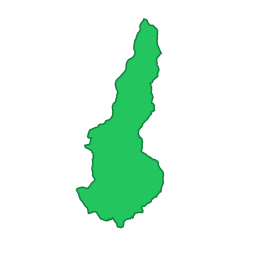 Lebong, Bengkulu, Indonesia, rotated 51°
{"feature_id": "22746128B6914990948320", "entity_name": "Lebong", "entity_type": "district", "adm_level": 2, "iso_a3": "IDN", "parent_name": "Indonesia", "parent_adm1": "Bengkulu", "projection": "albers", "projection_center": [102.228, -3.053], "detail": "fine", "context": "isolated", "style": "filled", "palette": "green", "viewbox_px": 256, "rotation_deg": 51, "n_neighbors": 0, "source": "geoboundaries", "source_scale": "gbopen_adm2", "svg_char_len": 5601}
<svg xmlns="http://www.w3.org/2000/svg" viewBox="0 0 256 256"><g transform="rotate(51 128 128)"><path d="M169.5,212.4L170.6,210.6L171.1,208.2L172.3,206.2L173.8,205.4L175.4,205.9L177.6,205.9L180.0,206.4L181.7,206.3L183.9,204.8L186.2,203.5L186.8,202.9L186.6,201.9L187.3,201.4L187.8,201.1L187.4,200.7L187.0,200.2L187.1,199.4L187.9,199.3L188.5,198.8L188.6,197.8L188.1,196.7L189.5,196.7L189.9,196.4L191.4,197.0L194.9,196.9L196.2,197.3L197.3,198.1L198.6,198.1L199.3,197.2L200.6,196.5L201.3,195.4L201.5,193.9L200.0,191.9L198.4,190.6L198.1,189.2L197.9,187.3L198.4,185.9L199.9,183.2L199.7,182.2L199.7,181.2L200.8,181.2L200.8,180.7L200.6,180.0L199.8,179.3L199.4,178.9L199.5,178.2L199.4,177.5L199.2,177.1L198.6,176.6L198.6,175.9L199.0,175.4L199.8,174.2L200.0,173.2L201.3,171.5L202.3,170.8L202.7,169.7L201.9,168.5L201.1,168.4L200.1,168.0L198.4,167.8L198.3,167.3L198.0,167.1L197.9,166.2L198.8,165.0L199.3,163.3L198.9,161.9L198.9,161.0L198.9,160.0L199.2,159.5L199.5,158.7L199.7,156.6L199.5,155.9L199.2,155.7L198.9,155.5L198.5,154.7L198.6,152.5L198.4,151.2L198.6,150.8L199.4,149.4L199.3,148.8L199.3,148.7L198.5,148.1L198.3,145.8L197.6,144.2L198.2,142.8L198.1,142.6L198.2,142.4L197.8,142.2L197.5,142.2L197.2,141.5L197.1,141.3L196.9,141.1L196.4,140.7L196.2,140.3L196.1,140.2L195.2,139.3L194.5,138.1L193.5,136.1L192.9,135.1L192.8,134.9L191.1,133.9L190.3,133.5L189.0,132.6L188.4,131.7L187.9,131.3L187.3,130.5L186.1,129.5L184.8,128.7L183.4,128.5L181.3,128.4L178.3,128.4L177.9,128.2L176.5,128.0L174.8,127.0L173.1,125.9L172.0,126.1L170.7,126.7L169.6,126.9L169.1,127.2L168.1,128.7L166.5,128.7L165.5,129.0L164.2,129.3L163.5,129.5L162.7,130.3L160.2,130.5L157.2,131.6L156.7,131.7L155.3,132.4L153.9,132.2L153.7,131.4L153.2,130.8L152.0,129.0L151.3,128.5L150.6,128.1L149.4,127.2L149.0,126.8L148.2,125.7L145.9,124.3L145.6,124.2L143.2,124.2L143.4,124.8L141.8,125.0L141.4,124.4L140.1,124.0L139.1,124.0L138.0,122.5L136.8,121.7L136.7,121.6L136.6,121.3L136.3,120.9L135.7,118.1L135.8,117.2L135.2,115.5L134.7,115.2L134.7,114.9L134.1,113.8L133.7,111.5L133.4,109.6L133.5,107.9L133.2,106.5L132.4,105.0L132.0,103.1L131.8,101.0L130.8,100.8L130.3,99.5L130.8,98.7L130.8,96.4L130.9,96.2L129.8,95.7L127.7,94.2L127.0,93.2L126.1,93.4L124.9,93.1L124.0,93.8L122.9,93.5L120.9,91.0L119.9,89.2L119.5,89.2L118.3,88.7L116.9,88.0L115.6,88.0L115.2,87.8L113.0,85.5L111.4,84.5L111.2,84.0L109.9,83.7L109.7,83.6L109.1,83.4L108.9,83.3L108.6,82.9L107.7,82.9L107.4,82.8L107.3,82.7L107.8,80.4L106.6,77.9L106.6,72.6L104.7,70.9L104.2,70.8L102.5,67.5L100.4,66.5L99.1,66.0L97.7,66.1L97.0,65.8L96.8,65.5L95.6,64.3L94.0,63.8L93.4,63.3L93.2,63.0L91.8,61.6L91.5,59.0L90.6,55.3L90.7,55.0L88.3,54.6L86.6,54.2L86.4,54.2L85.7,53.9L85.4,53.8L85.2,53.7L83.5,53.1L82.3,52.9L80.7,52.2L79.4,51.1L78.2,50.5L77.2,49.0L74.6,47.3L74.1,46.4L73.4,45.8L72.7,45.5L71.9,44.6L71.5,44.3L70.8,43.6L69.1,43.6L68.5,43.6L67.5,43.7L66.8,43.8L66.3,43.8L65.0,43.9L63.8,44.2L62.5,45.8L61.3,46.6L60.0,46.3L58.9,46.3L57.2,45.7L56.1,45.4L55.0,45.7L54.0,46.7L53.3,47.0L53.5,47.3L54.2,48.5L54.4,49.9L55.1,52.4L56.0,54.3L57.2,55.2L58.5,55.9L59.2,56.5L59.6,57.1L60.2,58.5L60.6,61.0L61.5,62.1L61.9,63.2L62.5,64.1L63.8,65.7L64.1,67.2L66.4,69.9L67.9,71.6L69.8,73.3L70.9,73.9L73.2,74.4L74.4,75.6L75.2,76.7L75.8,78.0L75.8,78.6L76.1,79.5L76.0,81.5L75.5,83.3L75.4,84.9L76.0,87.1L76.5,87.8L77.2,88.9L77.8,89.6L79.3,90.9L80.2,91.7L80.8,92.2L81.4,93.2L81.9,94.7L82.2,96.2L82.7,99.2L82.8,99.8L82.8,100.2L83.1,101.2L83.2,102.0L83.3,102.7L83.3,103.7L83.3,104.2L83.5,105.7L83.7,106.8L84.0,107.8L85.8,110.2L87.3,110.9L88.5,111.7L90.3,112.5L91.4,112.6L93.0,113.0L94.7,114.2L94.7,114.8L94.8,115.3L94.9,115.5L96.2,116.5L96.4,116.7L96.5,116.8L97.0,117.1L97.3,117.7L97.5,118.3L97.7,118.8L98.4,119.6L99.3,120.5L99.8,121.3L99.9,121.6L100.0,121.8L99.9,121.9L100.0,122.1L99.9,122.9L99.9,124.1L100.2,124.5L100.7,125.2L100.9,125.8L101.6,126.7L103.1,127.8L104.2,128.4L105.0,128.9L106.0,129.6L106.6,130.2L107.7,131.0L108.5,132.1L108.8,132.5L109.0,133.0L109.2,133.8L109.5,134.6L109.8,135.4L109.8,136.0L109.8,136.3L109.8,136.5L109.8,137.6L109.6,138.0L109.4,138.3L109.1,139.1L109.0,139.5L108.9,139.6L108.8,139.8L108.8,140.1L108.7,140.5L108.6,141.2L108.8,141.6L109.1,141.9L109.7,142.4L109.7,142.8L109.7,143.2L109.2,145.2L108.6,146.3L108.2,146.8L108.0,147.0L107.8,147.1L107.5,147.7L107.4,148.0L107.2,148.3L107.2,148.7L107.2,148.8L107.5,149.3L107.7,149.6L108.0,150.0L108.2,150.7L108.2,151.2L108.2,151.4L108.2,151.5L107.8,152.1L107.3,152.8L107.2,153.1L106.9,154.0L106.7,154.6L106.6,155.4L106.3,156.5L106.1,157.0L105.9,157.5L105.8,157.9L105.7,158.1L105.6,158.5L105.6,159.0L105.9,159.7L106.4,160.6L106.9,161.4L106.9,161.5L107.2,161.9L107.3,162.1L107.9,162.9L108.0,163.2L108.4,163.6L108.5,163.8L109.0,164.3L109.2,164.6L109.4,164.9L109.6,165.0L110.1,164.9L111.6,164.4L112.5,163.3L112.6,163.1L116.6,168.0L116.0,169.1L115.4,170.4L114.3,172.6L115.5,173.1L116.3,173.2L117.3,172.9L119.8,171.6L120.8,171.4L122.4,170.5L124.2,171.3L125.2,171.0L126.0,171.3L126.9,172.1L127.5,172.3L128.7,172.9L129.2,173.8L129.2,173.7L130.2,175.4L131.5,176.5L133.7,177.7L134.5,178.8L135.4,180.0L137.1,181.7L137.6,182.0L138.0,182.3L138.3,182.4L139.4,182.9L140.4,183.3L142.6,185.4L144.6,185.8L145.5,185.8L146.6,186.0L147.3,186.3L147.9,187.3L147.9,190.2L148.1,191.6L148.7,192.9L148.9,193.8L149.3,195.3L149.6,196.9L149.4,197.7L148.4,198.5L146.5,199.6L145.9,200.4L145.0,201.0L143.9,203.4L143.7,204.2L143.3,205.3L143.3,206.2L143.7,207.0L148.1,207.9L149.4,208.4L150.3,208.9L151.7,209.4L152.5,209.6L153.9,210.0L155.5,209.8L156.7,209.9L159.7,210.2L161.0,210.3L163.6,210.0L165.3,210.2L167.4,211.2L169.3,212.4L169.5,212.4Z" fill="#22c55e" stroke="#15803d" stroke-width="1.5"/></g></svg>